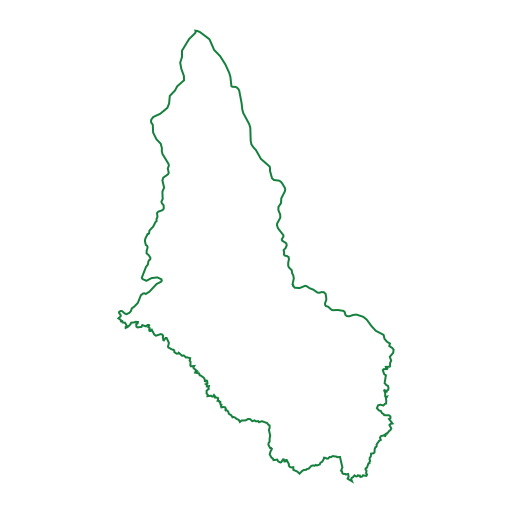 Apiacás, Mato Grosso, Brazil
{"feature_id": "56859067B14827025297108", "entity_name": "Apiacás", "entity_type": "district", "adm_level": 2, "iso_a3": "BRA", "parent_name": "Brazil", "parent_adm1": "Mato Grosso", "projection": "albers", "projection_center": [-57.774, -8.585], "detail": "fine", "context": "isolated", "style": "outline", "palette": "green", "viewbox_px": 512, "rotation_deg": 0, "n_neighbors": 0, "source": "geoboundaries", "source_scale": "gbopen_adm2", "svg_char_len": 6100}
<svg xmlns="http://www.w3.org/2000/svg" viewBox="0 0 512 512"><path d="M140.9,295.2L137.9,302.8L134.5,306.4L131.8,308.4L130.9,311.1L129.5,312.7L126.5,314.2L124.6,313.4L122.2,311.2L120.5,311.0L119.1,312.0L119.0,312.8L120.7,315.2L120.7,316.2L118.4,318.4L120.6,319.7L120.9,321.3L122.3,321.1L122.6,322.5L125.0,322.7L126.9,326.0L125.6,327.1L125.7,327.9L127.8,326.9L130.2,324.6L131.2,322.7L134.3,322.4L135.5,321.8L137.9,322.0L137.6,323.5L136.2,324.1L136.4,326.6L137.4,327.4L141.5,326.9L142.3,325.1L145.9,326.4L147.4,325.1L148.8,324.9L149.2,325.4L148.3,327.2L149.7,328.2L149.7,329.4L149.2,329.8L149.5,330.9L150.7,331.0L151.8,329.8L154.3,334.6L156.0,335.7L160.7,334.1L162.3,334.6L163.2,336.0L162.8,337.3L163.4,340.2L163.9,340.4L165.5,338.0L166.6,338.0L168.9,342.9L168.0,346.8L168.4,347.5L172.0,349.5L173.6,349.8L174.2,350.4L174.4,352.2L176.7,353.7L178.0,353.6L178.7,352.7L182.1,355.8L183.7,355.4L186.0,357.5L187.0,357.3L190.2,358.2L189.6,360.7L190.5,361.7L190.4,365.6L190.9,366.3L194.2,366.0L193.4,367.4L193.6,368.2L197.0,371.0L195.7,371.3L195.1,372.6L199.1,373.4L199.7,375.3L200.5,375.4L203.9,377.8L204.8,379.6L204.8,381.1L205.4,381.4L206.8,380.6L207.2,381.1L207.4,383.5L206.0,384.1L206.8,384.6L206.8,386.4L208.9,386.1L208.4,387.8L208.8,388.8L206.6,390.7L206.6,393.5L207.8,394.8L207.5,396.2L211.0,395.7L211.5,396.3L212.9,396.6L214.0,395.0L215.2,396.7L215.0,397.5L217.8,397.8L218.2,398.9L217.6,400.8L219.1,401.0L219.6,402.2L220.3,402.0L220.5,404.5L221.4,404.8L221.0,406.2L221.4,407.4L223.0,407.0L225.1,407.3L225.8,408.5L225.4,410.0L225.8,410.5L226.6,410.2L227.2,410.6L228.3,411.8L228.9,413.9L231.2,415.2L232.5,417.3L233.5,417.0L235.3,417.7L236.5,418.9L238.7,419.8L239.9,422.0L241.6,420.5L245.7,420.4L248.1,418.9L250.3,419.2L252.3,421.2L254.5,420.4L256.0,421.4L258.2,421.1L259.0,422.2L261.9,421.2L267.2,423.1L268.0,424.4L269.6,425.5L269.6,428.2L268.9,429.8L270.2,435.7L269.6,438.6L269.6,441.7L268.6,443.0L268.4,444.8L270.1,448.0L271.1,448.0L271.9,448.9L270.5,451.5L269.7,454.4L271.5,457.7L272.8,458.4L273.5,460.1L277.2,459.6L278.2,461.4L280.3,462.5L281.2,462.2L283.1,459.3L283.8,459.4L284.4,461.5L285.9,461.3L286.1,460.0L286.7,460.0L288.9,464.1L288.8,465.6L289.9,467.0L291.3,467.4L293.3,467.2L293.4,469.9L297.2,471.5L299.5,473.7L302.2,470.9L303.8,470.0L306.2,469.8L306.6,469.2L308.9,468.5L311.3,465.9L313.2,465.4L314.4,465.8L315.8,464.9L316.9,465.5L319.8,464.4L320.4,462.8L322.1,461.8L323.7,459.2L324.0,457.7L325.6,457.9L326.7,458.6L328.0,458.6L329.6,457.0L330.9,457.2L332.7,456.1L336.5,456.6L337.1,457.2L340.0,457.0L342.4,467.5L341.0,470.7L342.0,471.3L342.3,473.1L343.3,473.9L345.3,474.0L345.9,474.5L348.1,474.0L348.6,476.6L347.6,478.7L352.0,481.3L351.2,479.3L351.6,477.9L352.9,477.3L354.5,475.4L356.2,476.5L357.7,476.0L358.0,475.3L359.3,475.8L359.8,475.6L360.4,477.0L362.4,476.4L363.0,475.3L366.4,475.9L367.0,474.5L366.1,473.2L366.5,470.7L365.5,469.4L365.6,468.4L367.0,467.6L368.3,463.7L369.4,463.3L369.2,462.6L370.2,460.9L369.6,459.7L369.7,458.0L370.8,456.4L371.1,453.6L373.6,453.3L374.5,452.4L374.6,449.5L375.3,447.4L375.9,447.2L376.7,446.0L376.6,444.4L379.2,440.8L380.8,439.9L380.0,437.8L380.7,436.3L384.4,435.1L384.5,435.8L385.1,436.1L385.7,435.3L385.4,434.2L386.5,433.4L387.2,433.6L389.0,431.1L390.4,430.1L391.3,428.3L389.4,425.1L390.5,423.9L392.5,423.5L389.0,419.0L390.4,418.2L390.4,416.4L389.0,415.3L384.2,415.2L383.6,414.1L381.9,413.1L380.9,411.1L378.9,410.4L376.9,408.2L378.1,405.3L380.4,404.7L383.4,405.5L384.9,403.9L386.1,403.5L386.3,400.7L385.9,398.6L387.0,396.6L385.6,396.9L385.2,396.5L385.2,393.2L384.2,390.4L384.7,390.1L385.5,391.3L386.6,391.7L387.1,390.4L388.2,389.8L388.5,387.8L387.9,385.8L386.5,385.2L384.6,383.1L385.9,375.3L384.2,374.2L382.8,370.2L383.6,369.2L387.0,369.1L387.3,368.7L386.0,367.7L385.8,366.9L389.7,366.7L390.1,365.9L390.1,362.9L391.2,360.7L389.8,356.8L393.2,352.8L393.6,349.7L392.3,348.0L389.3,346.1L389.9,343.5L386.9,341.7L384.5,338.8L383.6,334.9L375.8,330.8L371.5,326.1L366.7,319.6L363.2,316.8L356.5,314.6L353.5,314.9L349.2,316.3L346.8,316.1L345.4,314.9L344.8,312.2L343.5,310.9L337.8,310.0L332.8,310.2L331.5,309.8L328.1,306.7L325.8,306.0L325.1,304.9L325.1,303.0L326.3,300.0L326.2,297.5L325.6,293.9L323.8,292.2L321.6,292.1L319.2,292.8L317.3,292.5L313.4,289.7L309.4,288.1L306.5,286.1L305.2,285.8L299.5,288.1L294.7,287.7L293.0,285.8L293.3,285.2L292.5,284.5L293.8,278.4L293.3,275.5L292.1,273.1L291.7,270.2L289.0,267.5L288.2,265.8L288.2,262.7L288.9,259.4L288.7,257.2L287.1,256.1L284.6,255.5L283.9,254.4L284.2,252.7L283.6,250.2L285.7,247.9L286.7,245.4L286.5,244.0L285.9,243.0L282.1,240.6L281.8,239.2L283.4,236.7L283.4,235.2L278.0,228.3L277.0,225.3L277.1,223.6L280.3,217.7L280.2,214.5L278.4,210.2L278.4,207.1L281.0,203.1L281.3,198.3L284.8,191.5L285.2,189.5L284.9,188.0L282.2,183.4L280.6,181.5L278.8,180.6L273.9,180.0L272.0,178.2L270.0,170.9L270.0,167.9L269.6,166.5L260.9,158.9L255.9,150.0L253.6,147.6L251.4,144.4L250.7,140.8L250.3,127.8L249.2,124.1L243.3,113.1L242.3,109.6L241.6,103.2L239.2,90.6L238.3,88.9L236.9,87.6L235.6,86.9L232.3,86.8L231.4,86.1L230.4,76.8L229.2,72.8L225.4,64.5L220.1,56.1L214.1,49.9L209.5,39.3L200.0,32.1L197.4,31.0L195.4,30.7L195.7,32.0L195.0,33.3L189.1,39.0L182.0,50.7L182.0,57.0L180.2,62.6L181.3,68.8L183.9,75.9L184.0,80.3L177.2,86.3L175.0,90.5L169.8,95.9L169.1,103.5L167.4,107.8L160.2,113.8L153.4,116.9L151.4,119.4L151.0,121.0L151.2,122.5L152.8,124.8L153.1,132.5L156.4,139.2L160.7,143.7L161.9,148.1L161.8,151.2L162.5,154.0L168.5,163.9L168.9,165.6L167.8,168.4L168.7,172.9L168.0,174.3L163.3,177.6L162.4,180.4L164.1,187.6L162.4,191.7L162.7,199.0L161.4,201.6L161.8,203.1L163.6,205.3L163.8,208.3L163.1,209.6L161.9,210.4L158.4,211.6L157.4,212.5L157.0,213.7L157.5,216.6L156.5,219.1L156.6,221.0L155.4,222.2L153.2,226.6L149.5,230.5L149.0,233.4L148.3,234.1L147.6,234.0L145.3,238.7L144.9,241.0L145.8,244.9L147.1,245.8L147.6,247.5L146.6,251.1L146.6,253.4L148.8,255.2L150.4,257.9L150.2,259.4L148.9,260.4L148.3,261.8L147.9,264.5L146.0,266.9L141.8,277.7L142.5,279.0L146.4,280.8L151.5,278.1L157.4,277.4L161.4,279.3L161.8,280.7L160.8,281.9L156.7,283.9L149.4,291.7L145.7,294.0L144.5,293.3L143.1,293.5L140.9,295.2Z" fill="none" stroke="#15803d" stroke-width="2"/></svg>